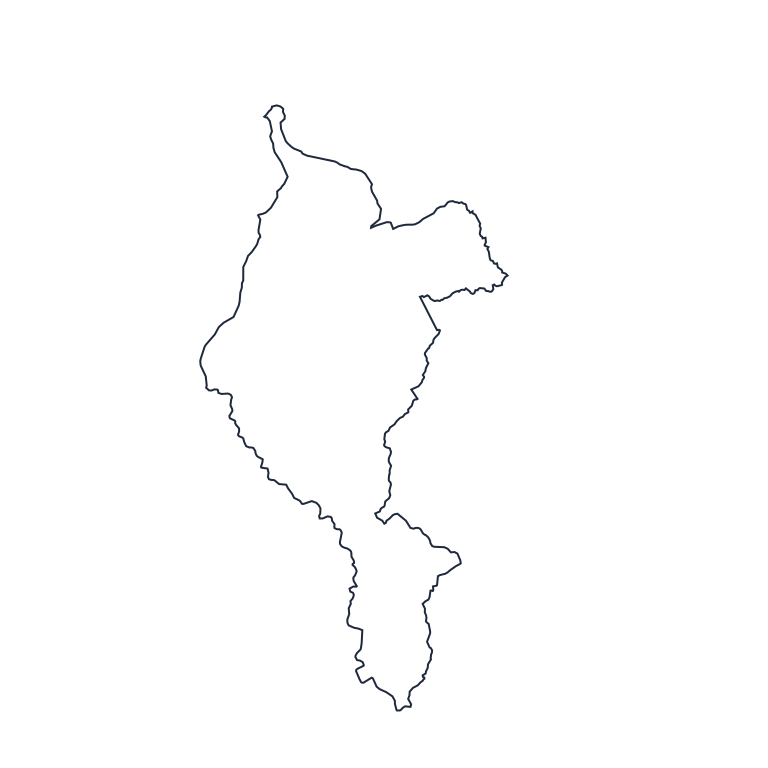 outline of Mora, San José, Costa Rica, rotated 242°
{"feature_id": "36466004B40218222859815", "entity_name": "Mora", "entity_type": "district", "adm_level": 2, "iso_a3": "CRI", "parent_name": "Costa Rica", "parent_adm1": "San José", "projection": "robinson", "projection_center": [-84.265, 9.872], "detail": "fine", "context": "isolated", "style": "outline", "palette": "slate", "viewbox_px": 768, "rotation_deg": 242, "n_neighbors": 0, "source": "geoboundaries", "source_scale": "gbopen_adm2", "svg_char_len": 6142}
<svg xmlns="http://www.w3.org/2000/svg" viewBox="0 0 768 768"><g transform="rotate(242 384 384)"><path d="M676.2,403.8L674.6,405.0L674.2,405.9L669.8,406.6L659.7,403.7L656.2,399.8L652.7,399.1L648.4,399.0L644.3,397.2L640.0,396.3L628.1,397.4L612.2,396.2L607.5,389.8L606.4,386.7L605.3,384.9L604.2,380.1L599.0,377.5L592.7,366.9L590.9,360.4L591.2,356.6L592.2,353.3L592.1,352.0L587.2,352.0L578.9,345.5L576.4,344.3L574.0,344.4L571.9,343.8L570.6,341.1L567.1,337.7L565.7,335.4L562.6,329.2L560.9,324.0L557.1,319.9L553.4,314.7L541.3,308.2L539.7,305.9L535.8,303.7L532.1,300.0L524.4,295.1L521.4,292.5L513.8,282.6L513.4,271.1L511.8,264.9L507.2,257.9L502.2,244.9L500.9,242.9L492.4,234.1L490.5,232.5L486.4,230.8L474.4,230.2L465.8,226.7L464.2,225.2L460.5,226.5L459.2,228.7L458.9,231.6L457.5,234.0L456.5,234.5L453.9,233.6L451.4,236.0L449.0,241.4L448.0,242.6L446.1,243.7L443.7,243.6L441.9,241.7L437.4,238.5L432.7,238.1L431.3,237.4L428.4,232.5L426.8,231.9L426.0,231.9L421.7,235.1L420.7,235.1L419.3,234.2L417.3,234.2L412.9,235.2L410.0,233.7L407.7,231.2L406.0,231.4L403.2,233.8L402.1,234.2L398.2,233.3L393.8,233.1L391.2,235.3L389.9,237.6L388.8,238.6L385.3,238.9L383.2,238.1L380.5,237.9L378.9,238.5L374.5,241.6L372.1,240.0L368.5,236.4L367.7,236.5L364.0,241.5L359.7,240.3L356.5,237.9L354.0,237.7L352.5,239.1L350.6,242.0L344.9,244.4L341.0,250.4L336.9,250.3L330.2,251.3L325.6,251.2L320.6,254.8L316.6,255.4L315.9,256.7L314.5,265.3L310.7,268.6L307.4,269.5L304.0,269.5L299.7,267.0L297.7,264.6L295.5,264.1L294.1,266.6L293.6,272.1L291.6,274.6L290.1,274.9L287.6,274.0L283.4,274.5L281.1,273.0L279.9,272.7L277.7,274.5L276.6,276.5L275.1,277.1L272.5,276.9L265.3,271.0L263.5,270.1L260.4,270.5L258.0,272.2L256.2,274.2L253.3,275.9L251.7,276.2L250.7,276.1L246.7,274.2L242.4,274.4L240.9,274.0L240.0,273.5L239.8,271.8L239.0,271.3L236.1,272.3L233.1,272.3L231.3,271.8L228.6,268.6L227.7,266.4L226.7,265.6L224.1,264.7L218.3,265.1L218.1,264.3L219.6,261.8L219.5,257.5L216.5,256.8L214.2,258.6L212.4,258.5L211.3,257.8L209.4,255.8L208.0,252.4L205.5,251.5L202.6,247.6L197.2,245.3L193.5,241.3L192.2,240.4L189.6,239.5L187.4,239.5L183.0,243.0L179.9,246.7L176.8,249.3L166.0,242.8L161.8,239.8L160.6,238.6L159.1,233.8L157.7,231.6L156.5,230.6L152.9,230.6L151.0,233.0L148.4,234.6L145.3,234.2L144.8,233.7L145.0,226.9L144.7,225.4L143.8,224.6L135.0,223.8L131.4,223.8L130.7,224.4L129.9,225.5L130.5,235.2L129.3,236.0L120.1,235.4L116.5,237.0L110.9,241.3L104.3,244.8L99.3,244.9L96.5,243.5L90.8,242.1L89.7,242.1L88.3,244.7L88.3,245.9L89.3,248.5L89.5,251.3L86.5,255.8L88.5,257.6L94.6,257.5L97.2,260.4L100.3,262.2L102.1,266.9L102.1,272.5L103.5,276.3L103.8,278.8L104.7,280.3L104.8,281.3L105.9,281.8L107.1,280.9L108.6,281.3L108.8,284.8L110.4,286.0L112.8,289.3L115.9,291.3L118.8,296.2L119.5,296.2L123.0,298.5L124.2,300.1L126.2,301.4L128.7,301.4L130.1,300.6L136.2,301.0L142.2,307.7L143.9,308.6L151.2,310.8L153.7,309.7L154.8,309.7L157.6,311.7L159.9,312.5L163.4,312.9L166.4,314.7L171.7,314.9L172.7,318.5L172.8,322.1L174.6,324.3L179.7,328.0L179.5,328.9L178.4,329.8L178.4,330.2L179.3,331.0L182.3,332.2L181.3,335.6L181.4,336.3L189.0,341.4L189.0,343.8L187.7,349.0L187.8,351.8L188.6,355.4L189.4,361.8L189.4,366.6L189.7,367.6L192.5,368.6L199.8,369.2L202.5,367.4L204.0,364.0L208.6,362.9L211.6,360.6L216.8,351.8L218.3,350.5L221.8,350.3L224.1,351.1L227.7,351.1L231.2,349.9L231.7,349.2L233.8,348.3L238.4,348.1L240.2,347.3L241.4,345.8L242.1,344.2L242.3,342.3L244.5,339.8L253.0,339.2L263.1,335.0L264.0,332.4L264.0,330.1L262.6,325.7L262.1,322.0L260.6,320.5L260.5,318.7L264.2,318.3L269.2,315.1L273.8,315.5L273.4,320.5L275.2,322.3L275.7,323.9L275.7,326.4L276.1,327.2L279.7,330.0L280.8,335.0L282.8,337.3L287.0,338.4L291.9,342.9L293.9,343.5L296.2,342.9L298.1,343.7L301.6,346.1L301.8,346.7L305.2,348.5L308.5,351.9L312.8,351.7L314.7,352.5L316.4,353.6L319.0,356.9L320.7,358.3L324.5,358.9L327.0,356.3L328.6,355.4L330.0,355.3L332.4,357.9L335.2,358.4L339.7,361.6L340.4,363.0L340.6,366.0L342.8,369.0L343.4,374.2L345.2,377.7L346.5,382.0L346.3,385.4L347.6,388.2L347.6,392.2L350.2,393.4L351.7,398.3L355.5,402.1L355.8,404.0L355.1,405.5L355.1,406.6L366.3,405.5L365.8,413.4L367.8,418.2L369.6,420.0L370.6,422.1L371.5,422.8L373.7,422.5L376.0,426.6L378.5,428.6L381.5,432.9L384.7,432.7L386.8,433.9L390.8,433.9L392.1,434.7L394.6,439.6L394.6,440.8L396.3,442.4L397.3,446.5L399.8,448.5L400.7,449.9L402.5,455.7L405.1,458.6L406.1,457.9L406.7,456.1L444.1,456.7L443.6,459.3L442.0,460.0L441.9,464.0L439.9,465.0L437.5,465.1L434.0,467.1L433.3,468.1L432.9,470.0L431.5,471.7L431.1,472.7L431.4,474.3L430.8,475.2L431.4,477.6L430.6,480.1L430.5,483.3L431.9,487.2L431.9,490.8L431.2,493.3L430.3,493.5L430.9,495.8L430.4,497.6L429.2,499.3L430.0,501.2L425.2,503.3L423.7,503.3L422.1,504.4L421.7,505.4L421.9,506.6L423.9,508.8L422.8,510.6L423.6,512.1L423.7,513.7L421.2,517.4L418.1,517.9L417.1,519.7L415.8,520.7L415.2,522.0L415.3,523.0L416.5,525.1L420.2,526.4L420.1,528.0L418.4,528.5L417.3,529.6L416.0,534.5L416.7,535.2L418.2,535.7L421.5,541.0L421.7,544.0L424.3,543.3L427.0,540.7L428.4,541.4L429.7,541.3L433.5,539.3L437.5,540.4L437.7,539.0L438.8,537.7L441.5,537.9L443.3,536.2L445.6,536.5L451.7,538.7L454.6,538.6L455.8,540.5L458.7,538.0L459.4,538.0L461.3,540.5L465.5,542.3L466.3,539.4L467.9,539.8L469.3,538.9L471.8,539.1L476.0,542.5L478.9,542.7L480.4,544.2L490.5,544.2L493.3,542.5L494.9,543.2L494.7,540.4L497.0,540.3L499.0,539.3L503.3,540.5L504.6,540.4L505.9,538.9L508.0,537.9L508.6,535.0L509.7,534.4L511.2,532.2L513.2,530.6L514.4,527.3L514.4,525.5L512.5,521.0L514.0,516.8L514.0,513.2L511.4,507.9L511.4,495.9L510.3,491.3L510.4,486.7L511.1,484.4L514.3,478.2L515.4,474.9L516.5,470.7L516.6,464.9L523.2,465.7L524.0,465.1L525.6,462.4L527.6,451.2L528.0,445.9L529.4,446.9L531.5,457.3L540.0,463.6L546.5,463.0L549.1,464.0L559.5,463.7L563.2,464.7L564.6,465.6L566.0,467.2L578.6,466.1L582.6,464.1L586.2,460.4L589.4,455.7L593.2,453.4L594.3,451.9L598.9,447.8L601.1,446.9L603.5,445.1L621.7,423.3L625.5,420.3L628.2,420.0L634.3,414.9L637.1,413.5L641.7,411.9L644.5,411.3L657.4,412.8L663.4,415.4L664.7,420.6L667.5,422.4L671.6,422.5L674.4,424.2L677.7,422.8L680.4,420.0L681.5,415.3L680.4,414.6L679.3,412.7L678.8,410.4L676.9,406.3L676.2,403.8Z" fill="none" stroke="#1e293b" stroke-width="2"/></g></svg>